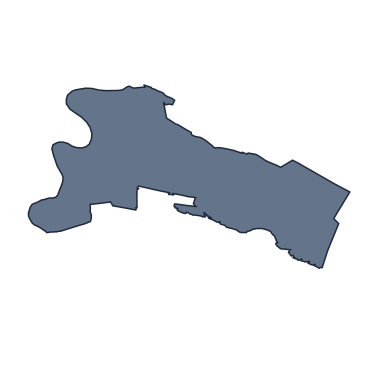 Tuglui, Dolj, Romania (Natural Earth projection), rotated 199°
{"feature_id": "2599482B43089269321770", "entity_name": "Tuglui", "entity_type": "district", "adm_level": 2, "iso_a3": "ROU", "parent_name": "Romania", "parent_adm1": "Dolj", "projection": "natural_earth1", "projection_center": [23.773, 44.207], "detail": "fine", "context": "isolated", "style": "filled", "palette": "slate", "viewbox_px": 384, "rotation_deg": 199, "n_neighbors": 0, "source": "geoboundaries", "source_scale": "gbopen_adm2", "svg_char_len": 5973}
<svg xmlns="http://www.w3.org/2000/svg" viewBox="0 0 384 384"><g transform="rotate(199 192 192)"><path d="M285.9,271.6L287.8,270.0L290.9,266.0L294.8,264.0L304.4,260.5L308.2,259.3L313.1,258.1L320.0,257.4L326.2,255.6L330.5,253.3L335.3,250.7L338.3,248.2L341.2,243.1L341.0,238.7L339.4,234.3L334.3,230.6L328.0,228.7L320.8,226.8L314.1,223.6L309.6,220.0L305.7,214.8L304.4,209.7L304.6,204.0L306.7,200.6L310.2,197.9L315.5,196.4L320.1,196.3L325.4,197.5L330.3,197.2L333.9,195.9L336.4,194.0L338.8,191.3L338.6,187.4L335.3,182.2L328.0,172.8L325.8,170.8L323.0,168.4L320.5,166.2L318.7,164.0L318.0,161.6L317.6,158.5L317.6,155.9L317.9,149.2L317.9,145.5L319.2,142.6L321.7,141.0L325.0,139.8L326.8,138.6L328.2,137.5L332.1,135.1L333.6,133.3L335.5,131.4L337.4,129.9L339.2,128.2L340.0,124.8L339.8,118.9L338.7,115.9L336.3,113.4L333.5,111.0L330.7,109.7L327.1,109.3L323.4,108.7L317.7,107.1L315.9,106.3L313.0,107.9L311.4,108.6L309.6,109.2L308.5,109.8L308.1,110.0L307.3,110.1L306.9,110.3L306.5,110.7L306.1,111.0L303.6,112.1L302.7,112.7L297.5,116.6L291.2,121.2L288.0,123.6L284.6,125.9L282.4,127.6L278.5,131.0L278.6,134.3L280.0,138.0L280.3,138.4L281.3,139.4L281.6,140.0L281.9,140.5L282.7,143.2L284.2,147.2L282.0,148.1L277.9,150.1L266.4,155.7L265.8,156.1L262.2,153.1L258.5,153.8L246.3,155.7L239.3,156.7L239.3,157.3L239.4,157.6L239.4,157.9L239.6,158.2L240.0,158.7L238.9,159.2L242.7,170.0L244.6,175.9L243.7,177.8L245.1,177.8L245.3,178.1L244.3,180.3L230.0,181.8L219.9,183.0L213.2,184.0L213.1,183.3L214.0,183.2L213.9,182.9L213.3,182.9L213.0,182.1L212.5,182.4L211.4,182.8L209.2,183.0L208.5,183.5L209.3,184.4L201.4,185.6L197.1,186.1L193.6,186.4L189.9,187.3L187.3,187.8L186.9,187.9L186.6,187.8L187.0,186.8L187.0,186.4L187.0,184.6L186.9,183.2L186.9,182.2L186.9,181.5L186.3,181.0L183.6,179.6L184.2,179.4L193.8,177.3L197.6,176.6L201.9,175.7L204.5,175.1L204.6,174.5L204.5,174.0L204.4,173.4L204.2,173.0L204.0,172.4L203.5,172.4L203.0,172.4L203.0,172.1L202.7,171.5L200.1,171.9L200.0,171.7L200.8,171.6L200.7,171.1L200.3,170.9L200.2,170.4L200.0,170.1L199.2,169.8L198.4,169.7L197.5,169.4L194.6,169.3L193.4,169.2L192.3,169.4L191.6,169.4L191.0,169.6L190.7,169.9L190.6,170.3L190.9,170.9L190.7,171.1L189.5,171.2L188.5,171.1L188.0,171.0L187.6,170.7L187.1,170.5L185.1,170.7L184.4,170.6L184.0,170.4L182.8,170.8L182.1,171.1L179.8,171.5L177.8,171.9L174.8,172.3L174.3,172.1L173.8,171.9L173.3,172.2L171.5,172.7L171.3,172.9L172.2,173.3L172.4,173.5L172.0,173.7L172.3,174.1L172.6,174.6L173.2,175.6L173.9,176.1L173.9,176.3L173.5,176.3L172.5,176.0L172.0,175.6L171.6,175.2L170.7,174.8L170.6,175.2L170.4,175.2L169.6,174.3L169.3,174.3L169.0,174.5L168.9,174.3L168.4,173.9L167.8,173.8L167.5,173.9L167.3,174.1L167.0,174.1L166.3,174.0L165.6,174.0L165.4,173.9L165.5,173.7L166.1,173.6L167.6,172.7L167.4,172.6L167.0,172.5L166.5,172.6L165.5,172.4L164.9,172.6L160.3,172.0L159.5,171.8L158.3,171.7L157.3,172.0L156.7,172.3L156.3,172.9L155.9,172.9L156.0,171.8L155.4,171.3L154.3,170.9L152.2,171.1L150.6,171.1L149.4,170.9L148.7,170.3L148.2,170.2L147.5,169.9L146.7,169.9L146.3,170.2L145.6,170.2L144.6,170.2L142.9,170.4L140.7,170.6L138.4,170.6L137.3,170.7L136.1,170.1L134.4,169.6L132.8,169.6L130.3,170.3L128.8,170.9L127.5,171.2L127.2,171.5L127.3,172.0L127.2,172.3L126.7,172.9L125.3,173.7L123.6,175.0L122.8,176.3L121.6,176.9L120.0,177.9L118.2,178.9L117.1,179.1L114.2,180.2L112.3,180.4L108.2,180.6L106.0,180.3L105.6,180.4L104.7,180.2L104.1,179.8L103.7,179.2L103.1,178.8L102.4,178.6L102.1,178.3L101.0,177.6L100.5,177.6L99.7,177.3L99.1,176.7L98.7,176.0L98.0,175.3L97.5,174.9L97.1,174.3L96.6,174.0L96.6,173.6L95.6,172.7L94.6,172.1L94.9,171.8L95.4,171.6L95.7,171.3L96.0,170.3L95.1,169.6L94.1,168.8L93.2,168.4L91.7,167.9L91.2,167.7L90.9,167.5L89.6,167.2L88.1,167.5L87.0,167.9L83.9,168.6L81.9,169.0L80.8,169.3L80.4,169.4L80.6,169.1L80.8,168.5L80.8,167.0L81.1,166.9L81.1,166.4L79.2,165.0L77.3,163.8L77.0,163.9L75.7,165.0L75.5,164.8L75.1,164.5L74.8,164.2L74.6,163.8L74.5,163.6L74.3,163.5L74.3,163.3L74.8,163.1L75.0,162.8L74.4,162.6L73.7,163.2L73.2,163.2L72.9,162.6L72.4,162.6L70.4,162.8L70.1,162.8L70.0,162.5L70.0,162.2L69.4,162.1L68.4,162.4L67.1,163.8L66.5,164.2L66.2,163.8L66.4,163.5L66.4,162.9L66.3,162.5L66.0,162.4L64.8,162.7L62.1,162.8L61.0,163.2L60.3,163.6L59.5,164.0L58.7,164.5L58.3,164.3L59.1,162.9L59.1,162.6L57.6,162.4L57.4,162.5L57.0,162.2L56.0,162.1L54.9,162.2L53.3,162.3L53.1,162.4L52.9,162.7L52.6,163.4L52.5,163.6L52.4,163.6L52.2,163.5L52.0,163.4L52.1,163.1L52.1,162.7L52.1,162.3L52.0,162.2L51.8,162.1L51.6,162.0L51.0,162.0L49.1,161.8L48.2,161.6L47.6,161.4L46.9,161.3L46.3,162.1L45.7,162.5L45.3,162.7L44.3,162.8L44.4,166.9L44.6,179.6L44.6,181.7L43.0,209.9L49.3,212.9L48.8,215.5L47.1,223.7L46.1,227.7L45.2,232.5L44.6,235.0L42.8,243.4L60.7,246.2L72.7,248.5L93.2,252.4L100.4,253.8L107.3,254.8L108.6,253.2L109.9,251.7L111.0,250.3L115.1,245.6L116.0,244.3L117.5,244.4L122.9,244.9L129.2,245.3L132.7,245.7L137.5,247.0L141.8,248.0L143.1,248.3L144.4,248.3L151.7,247.1L152.0,246.2L152.2,245.9L152.4,245.8L154.3,245.8L157.4,245.9L157.3,245.0L160.1,244.9L165.6,244.9L171.3,244.3L177.1,243.5L181.3,242.6L185.2,241.0L187.8,242.3L195.0,244.9L198.9,245.9L202.2,246.3L204.8,245.8L207.3,245.6L209.6,245.6L210.6,246.0L211.4,246.6L211.8,247.3L212.0,248.0L217.9,249.1L227.5,251.1L228.3,251.1L229.3,250.9L240.0,253.6L242.5,257.7L246.0,263.9L247.6,266.2L247.6,267.1L247.4,266.9L246.7,266.8L246.0,266.5L245.9,266.1L245.6,265.9L244.7,266.0L244.2,266.4L243.8,266.9L243.2,267.2L242.4,267.6L240.9,267.8L238.8,268.2L238.3,273.1L240.3,273.6L241.1,273.9L243.7,274.2L244.8,274.2L245.6,274.0L246.2,274.3L247.9,274.4L249.1,274.8L249.9,275.2L250.6,275.8L251.4,276.1L252.2,276.2L253.3,276.4L255.6,276.4L256.7,276.5L258.3,276.5L258.7,276.6L259.2,276.8L261.4,277.0L263.3,276.8L263.9,276.8L264.0,277.1L264.3,277.4L265.0,277.7L267.0,277.6L267.4,277.6L267.6,277.5L268.7,277.5L270.2,277.4L272.7,277.6L271.6,277.1L271.0,276.4L270.7,275.6L272.1,275.2L273.3,274.8L274.1,274.4L280.4,271.5L281.2,271.3L282.4,271.2L283.7,271.4L285.9,271.6Z" fill="#64748b" stroke="#1e293b" stroke-width="1.5"/></g></svg>